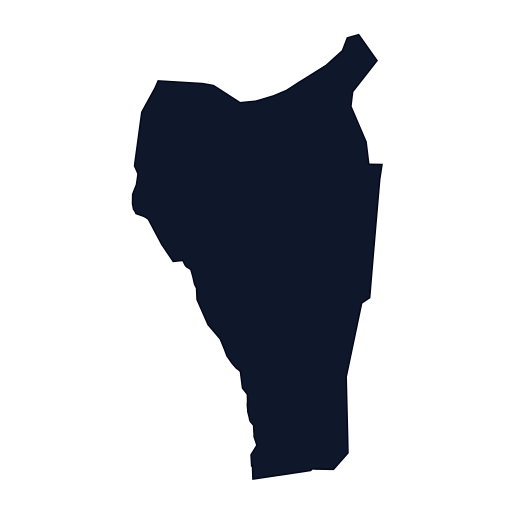 the district of San Souci, Castries, Saint Lucia, rotated 181°
{"feature_id": "8701671B431817219608", "entity_name": "San Souci", "entity_type": "district", "adm_level": 2, "iso_a3": "LCA", "parent_name": "Saint Lucia", "parent_adm1": "Castries", "projection": "natural_earth1", "projection_center": [-60.989, 14.017], "detail": "fine", "context": "isolated", "style": "filled", "palette": "ink", "viewbox_px": 512, "rotation_deg": 181, "n_neighbors": 0, "source": "geoboundaries", "source_scale": "gbopen_adm2", "svg_char_len": 1493}
<svg xmlns="http://www.w3.org/2000/svg" viewBox="0 0 512 512"><g transform="rotate(181 256 256)"><path d="M358.3,426.0L360.0,422.0L372.7,397.9L376.9,362.4L378.9,345.6L379.0,343.8L377.9,341.6L375.4,336.1L376.0,331.2L376.8,325.2L379.7,317.5L380.1,316.3L380.4,315.5L380.4,310.1L380.4,308.4L380.4,306.1L379.3,300.8L377.3,297.7L376.7,296.3L369.4,293.9L366.9,292.7L364.2,290.8L356.4,276.6L352.2,269.1L350.5,266.0L340.7,252.0L338.7,249.1L329.1,250.3L326.6,245.5L325.3,244.0L320.9,241.4L318.7,234.0L317.2,227.7L316.9,226.7L316.5,226.0L316.2,225.1L314.9,223.0L314.2,211.4L303.2,187.5L302.8,186.6L290.3,172.4L285.8,162.0L283.3,155.6L277.9,148.1L275.7,145.7L273.6,143.4L271.9,142.3L269.6,140.3L267.2,123.7L262.2,117.5L261.9,110.5L262.1,106.8L261.6,102.3L261.5,100.2L260.9,98.1L259.7,93.5L259.6,92.6L258.8,90.4L255.5,86.8L254.8,77.6L254.8,75.4L251.8,66.8L257.5,57.1L256.7,46.0L255.9,46.1L255.2,32.9L254.5,33.0L253.7,33.1L243.7,34.8L197.6,42.5L196.5,43.6L195.8,44.3L193.8,44.0L174.8,44.0L160.6,60.7L161.2,76.6L163.7,136.7L156.0,176.8L149.5,210.8L146.6,212.8L141.6,216.3L138.7,260.1L133.6,334.9L131.6,349.7L144.8,349.7L147.9,372.0L163.7,407.2L162.7,417.3L162.2,422.0L142.9,447.5L138.4,453.5L144.1,461.2L157.2,479.1L168.5,475.7L173.2,462.7L174.9,461.2L189.1,447.9L217.6,429.4L222.4,426.1L228.6,422.0L238.6,417.6L241.3,416.4L258.7,410.9L260.0,410.7L274.6,409.0L296.1,422.4L301.5,425.7L305.6,426.4L312.5,427.5L343.1,428.8L356.9,429.4L358.3,426.0Z" fill="#0f172a" stroke="#020617" stroke-width="1.5"/></g></svg>